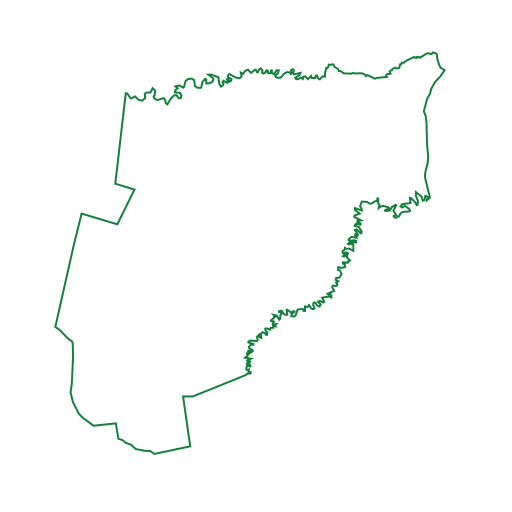 Preah Netr Preah, Bântéay Méanchey, Cambodia, rotated 264°
{"feature_id": "14789045B34870424787449", "entity_name": "Preah Netr Preah", "entity_type": "district", "adm_level": 2, "iso_a3": "KHM", "parent_name": "Cambodia", "parent_adm1": "Bântéay Méanchey", "projection": "natural_earth1", "projection_center": [103.28, 13.553], "detail": "fine", "context": "isolated", "style": "outline", "palette": "green", "viewbox_px": 512, "rotation_deg": 264, "n_neighbors": 0, "source": "geoboundaries", "source_scale": "gbopen_adm2", "svg_char_len": 6142}
<svg xmlns="http://www.w3.org/2000/svg" viewBox="0 0 512 512"><g transform="rotate(264 256 256)"><path d="M295.8,435.1L316.8,432.3L320.8,432.9L331.0,436.6L337.6,437.7L347.9,437.7L370.6,439.5L377.6,439.4L382.3,438.0L394.6,442.7L399.5,446.2L403.6,447.5L410.6,452.5L415.4,458.2L421.1,463.0L423.7,459.5L425.7,458.5L432.9,456.9L437.7,456.9L439.0,455.8L439.9,453.1L438.5,451.8L439.6,448.4L439.3,446.3L436.1,440.1L436.6,440.0L436.8,438.1L436.3,436.9L437.1,436.8L436.4,435.0L437.3,434.3L437.0,432.6L434.1,425.0L432.7,423.4L433.1,421.2L431.6,420.6L431.6,419.4L428.2,418.1L427.7,415.7L428.8,414.0L427.5,411.0L426.5,410.6L426.3,409.0L425.1,408.1L423.3,408.8L423.0,405.0L421.8,404.2L420.4,404.8L420.5,394.9L419.9,392.7L424.3,385.8L423.3,384.1L424.8,383.5L426.6,380.7L427.3,372.7L428.0,371.7L427.4,369.9L428.4,362.5L430.9,359.8L431.3,357.7L433.1,357.3L436.2,353.6L438.3,353.1L438.7,351.6L438.2,350.2L438.7,348.5L435.9,347.2L435.3,346.5L435.7,345.6L430.6,343.7L427.2,343.4L427.8,341.3L425.0,337.9L425.9,336.6L429.2,335.4L428.8,334.2L426.8,333.6L427.2,330.0L429.3,329.5L426.4,326.2L429.6,323.4L429.3,321.8L427.2,321.1L428.8,319.2L427.5,316.4L427.7,314.4L429.2,313.6L431.2,318.0L433.4,319.3L432.6,312.7L433.8,312.1L436.9,313.1L438.0,312.0L437.0,310.1L434.6,310.6L433.4,309.9L435.3,308.0L435.6,306.0L434.2,302.7L430.9,299.4L430.8,296.5L432.1,294.3L433.5,294.1L435.3,296.9L438.2,298.0L438.6,296.0L435.0,292.9L436.3,291.0L438.9,291.1L438.9,290.3L436.2,289.4L436.4,287.6L437.2,286.7L438.8,287.3L439.5,286.5L439.4,285.7L437.1,283.9L436.7,282.3L437.6,281.2L439.9,281.9L442.0,280.5L441.3,278.6L438.8,277.3L438.6,276.3L441.3,275.3L441.4,274.5L438.6,270.2L442.2,267.5L441.1,264.4L438.5,262.1L439.9,260.1L436.0,260.4L434.4,258.2L435.7,254.5L439.8,248.3L437.5,246.6L436.6,247.0L434.6,250.1L433.1,249.8L432.1,248.2L434.9,246.8L434.8,245.5L431.9,246.3L431.2,245.3L433.7,242.0L432.4,240.9L430.8,241.7L429.2,240.9L428.1,238.9L431.4,237.4L437.7,237.3L441.1,230.5L441.3,227.5L437.4,231.7L436.2,232.1L434.0,231.0L432.7,228.2L432.8,224.6L437.0,224.9L437.5,223.9L434.4,220.8L429.4,219.2L429.0,218.4L429.6,215.0L431.4,213.0L437.3,212.9L439.1,210.7L439.1,207.0L437.6,204.4L431.6,202.0L431.1,201.1L433.6,197.7L433.1,193.6L431.0,195.6L429.1,193.0L427.2,192.4L426.2,197.5L423.5,198.6L420.9,197.6L420.8,195.8L424.2,193.8L424.3,191.4L421.7,188.0L416.0,183.7L417.5,182.1L419.4,182.3L422.7,180.8L421.4,174.0L423.4,171.3L425.4,170.9L426.7,172.1L430.8,173.1L433.7,170.7L429.6,168.1L430.0,164.0L429.0,162.3L424.6,162.3L422.3,159.0L423.8,155.3L427.4,152.4L425.7,148.4L426.0,147.7L431.0,145.0L431.5,143.5L342.6,123.6L334.8,142.1L302.0,121.4L316.4,87.0L286.4,76.1L206.4,49.0L202.7,53.3L193.0,60.8L190.5,64.0L188.3,64.6L175.4,63.6L148.3,59.5L139.8,57.3L129.8,58.7L117.5,63.4L113.2,66.9L104.2,76.7L104.2,99.1L88.7,100.0L86.8,104.0L83.9,106.9L81.3,112.1L76.6,116.2L73.9,124.9L73.1,130.4L69.8,134.3L73.6,170.7L123.9,168.8L122.9,178.3L138.7,233.5L140.2,235.8L139.6,237.2L139.9,238.4L141.3,238.4L141.6,236.5L144.0,237.0L143.6,234.9L144.8,234.4L147.8,235.5L146.7,238.6L147.1,239.0L148.1,238.9L149.9,235.7L151.1,236.9L150.4,237.4L150.5,238.5L151.7,239.1L152.0,236.7L153.0,236.3L154.4,240.2L156.0,234.5L157.7,237.3L160.0,236.7L160.3,237.6L159.4,239.0L160.5,240.2L161.9,238.2L162.7,238.6L162.1,240.8L161.0,241.6L161.7,242.8L162.5,242.9L165.4,239.4L166.5,239.5L168.4,241.7L168.0,244.2L168.8,244.3L170.8,239.4L171.5,239.4L172.5,241.3L171.3,248.0L172.3,248.9L175.4,248.5L176.1,249.1L174.0,252.7L175.9,252.7L176.8,250.6L178.1,251.3L177.7,252.8L179.6,254.4L178.4,256.8L176.7,257.5L176.4,258.5L178.4,259.4L181.3,257.6L182.8,257.6L182.9,259.1L181.2,262.1L183.0,263.1L182.8,265.8L184.4,265.8L184.0,268.0L184.8,267.5L186.1,269.0L186.0,265.6L187.0,265.5L188.7,267.0L189.5,266.1L189.6,264.3L190.4,264.0L192.6,267.5L193.4,267.4L193.7,269.1L195.6,267.4L194.7,270.3L190.2,272.5L191.2,273.5L194.4,274.0L196.4,275.6L198.0,273.0L198.7,273.2L199.0,275.7L195.2,277.7L194.1,280.4L195.2,281.1L199.0,280.8L199.3,281.6L196.2,284.8L197.3,288.0L196.6,288.4L194.2,285.4L192.5,284.9L191.9,287.8L192.7,289.1L198.4,291.8L198.5,296.9L196.4,297.6L196.2,299.0L200.7,299.4L199.9,301.9L201.7,303.6L197.9,305.6L197.1,307.5L197.9,308.8L201.3,307.8L203.0,308.1L203.7,309.0L203.1,310.4L200.5,311.4L199.1,313.8L201.0,315.3L204.0,312.8L204.5,313.3L204.3,315.5L202.7,317.9L203.6,319.1L207.6,317.4L208.1,324.4L206.9,326.5L208.7,326.9L210.5,326.1L209.9,324.0L210.9,323.1L213.2,330.1L216.8,328.5L217.9,328.8L218.5,329.5L217.8,332.1L218.2,333.7L219.9,333.8L221.3,332.8L222.4,335.1L224.0,332.7L225.8,333.4L225.7,336.6L228.9,339.2L232.8,338.0L233.6,336.2L236.2,336.5L236.4,337.4L235.2,339.2L235.5,342.9L236.0,343.7L237.1,343.1L238.6,343.6L239.3,341.7L240.2,341.5L240.7,342.1L239.7,346.7L241.0,347.0L241.7,348.9L245.2,346.2L246.8,346.8L247.2,346.3L246.2,343.3L246.8,342.5L248.5,344.6L248.7,347.7L249.3,347.6L250.3,345.8L249.5,343.8L249.8,342.6L251.9,342.6L253.0,344.8L254.8,345.3L253.7,346.6L253.6,349.6L250.9,353.3L256.8,354.0L258.1,353.0L257.9,349.1L258.4,348.6L259.9,350.9L259.0,356.9L260.3,357.3L261.4,355.7L261.4,350.8L262.0,349.7L262.8,349.8L265.0,352.8L263.7,357.9L266.2,356.7L267.1,357.1L265.5,358.8L266.6,359.7L271.6,357.1L271.9,359.0L267.6,362.5L267.9,363.4L269.2,363.6L274.0,361.4L275.7,357.3L277.0,358.1L277.5,359.6L276.2,362.9L276.9,363.5L278.1,362.8L279.2,360.4L279.9,360.4L280.5,360.7L280.5,364.2L284.5,357.8L285.9,358.2L287.3,363.6L291.5,359.2L293.3,359.5L290.1,366.0L291.7,366.1L294.5,364.7L299.0,366.9L298.3,371.9L296.1,374.8L296.0,376.3L297.9,379.6L297.9,382.0L300.7,382.9L300.5,383.6L295.9,383.0L293.8,384.0L290.9,383.1L292.2,385.1L292.5,387.7L290.8,392.5L289.8,393.2L289.1,392.7L288.3,389.4L287.7,389.0L287.1,389.9L287.3,393.8L290.4,396.1L292.3,400.3L291.8,400.8L286.9,397.3L282.2,399.6L281.2,397.1L279.8,397.9L279.3,399.4L280.6,400.9L280.3,402.2L283.3,404.2L284.5,406.6L284.3,413.1L284.8,414.0L286.8,413.3L289.9,409.8L290.2,408.9L288.9,406.4L290.2,405.1L292.3,406.8L292.5,415.2L297.7,415.1L297.2,416.5L292.3,420.2L289.8,421.1L289.8,421.9L293.6,422.8L299.5,421.3L302.8,421.7L297.7,426.9L293.6,427.7L294.3,429.6L297.9,430.5L298.1,431.4L296.8,432.8L293.6,431.8L295.8,435.1Z" fill="none" stroke="#15803d" stroke-width="2"/></g></svg>